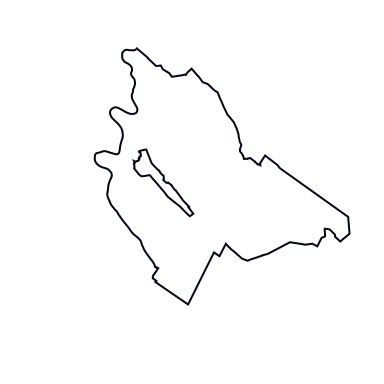 the district of Piltenes pag., Ventspils, Latvia, rotated 42°
{"feature_id": "27541924B30234976546427", "entity_name": "Piltenes pag.", "entity_type": "district", "adm_level": 2, "iso_a3": "LVA", "parent_name": "Latvia", "parent_adm1": "Ventspils", "projection": "natural_earth1", "projection_center": [21.694, 57.236], "detail": "fine", "context": "isolated", "style": "outline", "palette": "ink", "viewbox_px": 384, "rotation_deg": 42, "n_neighbors": 0, "source": "geoboundaries", "source_scale": "gbopen_adm2", "svg_char_len": 5793}
<svg xmlns="http://www.w3.org/2000/svg" viewBox="0 0 384 384"><g transform="rotate(42 192 192)"><path d="M197.0,267.5L203.6,269.0L206.0,269.5L208.3,269.8L211.0,270.5L211.9,270.8L212.5,271.0L213.9,271.8L214.8,272.5L215.4,272.4L215.8,272.2L215.8,271.8L216.4,271.7L217.0,271.3L217.9,271.2L217.9,272.8L218.3,273.3L218.4,274.5L218.5,275.1L219.0,279.6L219.1,280.3L219.4,280.9L220.6,282.4L225.1,281.9L225.0,283.4L241.1,281.3L264.3,278.2L263.5,275.1L252.4,235.3L250.9,229.8L250.0,226.6L249.3,224.1L248.8,222.2L255.4,221.3L252.5,210.5L251.9,208.1L251.8,207.8L254.8,208.1L258.9,208.4L263.7,208.1L273.0,208.1L274.0,207.9L276.0,207.2L279.5,205.8L279.8,204.7L281.5,201.5L283.9,197.4L287.3,191.2L287.2,191.2L289.7,187.4L298.4,163.8L307.7,157.7L311.6,155.2L316.0,149.9L321.5,148.5L319.0,139.4L320.6,135.9L316.0,131.3L315.7,131.2L315.2,130.5L317.4,128.8L319.5,127.7L326.6,128.0L328.3,129.5L334.9,129.6L335.0,129.4L335.4,129.4L335.7,126.3L337.0,117.8L336.7,117.3L324.6,105.9L324.4,106.0L321.3,106.4L267.7,112.5L241.4,115.5L237.5,114.8L221.9,116.0L223.3,124.7L223.4,125.0L223.7,125.3L224.8,126.4L223.1,126.7L222.6,127.6L220.5,127.4L218.4,127.5L218.3,127.3L213.4,127.8L213.1,127.8L212.5,127.8L210.7,130.3L210.8,130.4L210.5,130.5L208.6,132.7L206.4,131.2L205.7,130.9L205.3,130.9L204.3,130.4L202.7,130.0L201.7,129.9L200.2,129.5L199.4,128.4L199.0,128.0L198.9,127.9L197.4,124.3L197.3,124.2L196.2,123.5L195.6,123.3L194.0,122.8L192.9,121.9L190.6,120.3L189.4,119.4L187.9,118.0L183.2,115.2L181.8,114.5L181.3,114.4L177.5,112.6L175.7,112.1L169.6,111.1L166.6,110.8L160.4,108.2L160.0,108.1L157.9,107.2L153.1,104.9L150.1,103.7L144.5,100.8L140.6,101.5L131.5,101.2L126.5,103.2L122.7,102.4L122.0,102.2L121.1,102.1L120.3,101.9L119.5,101.8L117.7,101.8L116.8,101.6L109.2,100.6L109.2,101.6L109.0,102.9L108.8,105.0L108.6,105.9L109.1,109.2L108.7,109.3L108.2,109.5L107.9,109.7L107.0,111.3L100.0,119.8L95.8,119.0L95.6,118.9L91.1,119.8L88.2,120.3L84.2,118.9L81.8,121.6L80.8,122.4L69.8,122.1L69.2,121.8L55.0,122.2L55.1,122.9L54.8,124.2L54.4,125.0L54.0,125.6L52.6,126.8L50.7,128.4L48.1,130.2L47.6,130.8L47.1,131.9L47.0,133.5L47.0,134.1L47.2,135.2L47.4,135.6L48.2,136.7L49.7,138.3L50.4,138.9L51.3,139.5L52.3,139.9L53.2,140.1L54.5,140.3L55.1,140.3L56.1,140.1L57.9,139.6L58.7,139.4L60.2,139.3L61.4,139.2L62.0,139.3L63.2,139.6L64.4,140.2L65.1,140.7L65.8,141.4L66.1,141.8L66.5,142.6L66.9,143.9L67.1,144.3L67.3,144.6L68.4,145.6L68.9,145.8L69.4,146.0L72.6,146.5L73.4,146.7L74.1,147.0L76.2,148.6L77.1,149.5L77.6,150.3L78.5,152.0L79.0,153.2L79.7,155.4L80.1,155.8L80.5,156.3L81.1,157.3L81.4,157.7L81.7,159.0L82.0,159.5L82.7,160.7L83.3,161.3L84.9,162.5L85.7,163.0L86.8,163.5L89.1,164.3L92.6,165.4L93.7,165.8L95.1,166.5L95.8,166.9L96.5,167.5L96.8,168.0L97.1,168.6L97.4,169.4L97.5,170.1L97.5,170.5L97.3,171.4L96.6,172.6L95.6,173.8L94.4,174.8L93.6,175.3L93.0,175.6L91.3,176.3L88.7,177.1L84.6,177.9L82.7,178.4L81.9,178.6L81.1,178.8L79.8,179.4L79.2,179.7L78.2,180.5L77.6,181.4L77.4,181.9L77.2,182.4L76.9,183.6L76.7,184.6L76.9,185.9L77.1,186.5L77.3,187.0L77.7,187.5L78.1,188.0L78.6,188.5L80.3,189.6L82.7,190.4L83.7,190.5L88.5,190.7L89.6,190.7L90.6,190.7L93.5,191.1L95.6,191.5L96.5,191.7L99.4,193.3L99.9,193.7L101.3,194.9L102.0,195.4L103.0,196.5L104.2,198.3L104.6,199.3L105.8,202.0L106.6,203.6L108.2,206.4L110.7,209.9L111.3,211.2L111.5,211.8L111.6,212.4L111.5,213.0L111.4,213.6L111.0,214.1L110.6,214.6L109.3,215.3L107.2,216.4L101.3,219.1L100.6,219.5L99.8,220.0L99.1,220.8L98.8,221.2L97.8,222.8L96.9,224.4L96.1,225.6L95.2,226.9L95.0,227.3L94.9,227.8L94.9,228.3L95.3,229.4L95.7,230.1L96.5,231.3L97.9,232.8L98.6,233.4L99.2,233.7L100.8,234.4L101.8,234.6L102.8,234.7L104.0,234.7L105.2,234.6L106.6,234.4L107.3,234.2L108.9,233.6L112.6,231.9L113.5,231.6L114.5,231.3L115.6,231.3L117.0,231.4L118.4,231.6L119.3,231.8L120.1,232.3L120.8,232.9L121.5,233.5L121.8,234.0L122.2,234.9L123.7,239.5L124.9,242.0L125.3,242.8L126.3,244.3L127.7,246.1L129.6,249.1L130.3,250.1L131.0,250.9L131.6,251.3L133.2,252.4L136.0,253.6L139.1,255.1L140.9,255.7L141.8,255.9L143.8,256.2L146.0,256.6L149.1,256.8L150.0,257.0L152.5,257.9L153.7,258.1L159.5,259.5L167.2,260.7L169.4,261.1L172.9,262.0L175.8,262.4L176.5,262.5L179.1,262.3L181.4,262.2L183.6,262.2L184.8,262.3L185.3,262.4L186.4,262.7L187.6,263.2L188.2,263.5L189.9,264.6L190.7,265.0L192.9,265.9L194.7,266.8L195.7,267.1L197.0,267.5ZM179.4,211.6L176.8,211.7L173.5,211.0L172.0,210.7L157.1,208.7L154.1,208.4L149.6,207.7L149.2,207.8L149.0,208.1L146.0,211.9L145.1,213.0L144.6,213.5L144.2,213.9L143.1,214.3L141.6,214.4L140.5,214.4L133.1,213.1L132.7,212.1L131.8,211.2L130.1,210.1L129.9,209.8L129.8,209.6L129.7,209.6L129.6,209.4L129.6,209.1L130.0,208.9L129.5,208.3L128.3,207.8L129.0,207.6L129.1,207.4L129.5,207.3L129.6,207.2L130.1,206.6L130.4,206.2L130.4,205.8L130.7,205.7L130.9,205.5L130.9,205.3L131.0,205.1L131.1,204.5L131.1,204.4L131.2,203.9L131.1,203.7L131.2,203.3L130.7,203.2L130.4,203.0L130.1,203.0L130.0,202.8L130.0,202.6L129.9,202.5L130.0,202.3L130.2,202.0L130.2,201.9L129.9,201.4L129.5,201.3L129.5,201.1L129.6,200.9L129.7,200.7L129.8,200.5L129.6,200.2L129.9,200.0L129.8,199.9L129.7,199.8L129.6,199.7L129.7,199.2L129.1,198.7L128.8,198.3L128.5,198.0L127.8,197.8L127.8,197.7L127.4,197.5L126.9,197.5L126.7,197.4L126.4,197.4L126.0,197.4L125.6,197.6L125.5,197.3L125.5,196.8L125.6,196.7L125.9,196.4L126.0,196.1L126.1,195.8L127.3,194.1L128.1,192.8L129.5,191.1L138.6,195.5L142.2,197.4L143.6,197.7L146.0,198.0L148.7,198.1L150.7,198.3L151.2,198.3L152.9,198.1L153.8,198.3L153.7,198.4L154.1,198.6L155.7,198.9L157.5,199.1L160.1,199.0L162.2,200.9L162.5,202.3L166.2,202.3L166.4,202.3L167.3,202.2L167.8,201.0L172.5,200.6L172.6,200.9L177.7,201.9L178.9,201.7L191.1,204.3L199.7,204.9L199.5,205.7L207.5,207.3L206.6,211.4L204.7,211.5L200.0,211.3L194.1,210.9L192.4,210.8L189.7,211.0L184.3,211.4L179.4,211.6Z" fill="none" stroke="#020617" stroke-width="2"/></g></svg>